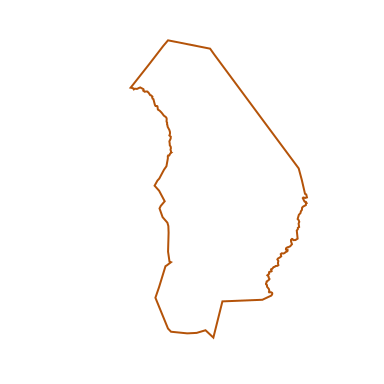 outline of Santa María Yalina, Oaxaca, Mexico, rotated 49°
{"feature_id": "50627088B95350580088580", "entity_name": "Santa María Yalina", "entity_type": "district", "adm_level": 2, "iso_a3": "MEX", "parent_name": "Mexico", "parent_adm1": "Oaxaca", "projection": "robinson", "projection_center": [-96.293, 17.264], "detail": "fine", "context": "isolated", "style": "outline", "palette": "amber", "viewbox_px": 384, "rotation_deg": 49, "n_neighbors": 0, "source": "geoboundaries", "source_scale": "gbopen_adm2", "svg_char_len": 2544}
<svg xmlns="http://www.w3.org/2000/svg" viewBox="0 0 384 384"><g transform="rotate(49 192 192)"><path d="M315.9,271.4L294.5,240.8L298.6,235.7L319.5,209.6L322.2,200.1L321.9,198.9L321.5,198.2L320.7,197.7L319.7,198.0L319.1,198.5L318.9,199.0L318.3,199.6L317.9,199.5L317.2,198.4L315.5,197.6L312.7,197.5L311.5,196.5L311.1,196.5L310.3,196.7L309.5,196.1L309.3,195.1L308.5,194.4L308.8,192.1L308.5,190.6L306.9,190.3L305.9,189.6L304.3,189.8L304.3,188.3L304.3,187.4L303.2,186.6L303.0,186.1L304.0,184.2L304.0,183.8L302.4,183.3L302.2,182.8L302.6,181.9L302.2,179.7L302.7,178.8L302.7,177.5L303.8,175.9L303.9,174.8L302.0,173.8L300.7,172.1L298.9,171.8L298.6,170.9L299.0,168.6L299.1,166.9L297.1,165.8L297.1,164.6L298.5,163.2L298.8,162.0L298.8,160.7L299.2,159.3L299.1,158.4L298.4,157.9L298.1,158.6L297.1,158.9L296.2,158.0L296.3,156.3L296.9,155.3L297.4,153.5L297.0,150.8L294.3,149.7L293.1,148.7L293.0,147.3L293.4,147.0L294.8,147.1L296.1,145.5L296.5,142.9L289.8,138.2L289.5,136.5L288.5,135.6L288.7,134.1L285.8,132.3L284.9,130.6L282.9,129.9L281.7,130.0L279.3,126.3L279.1,124.0L278.0,122.5L277.6,120.8L276.0,119.1L275.9,117.6L276.6,114.7L275.4,113.5L275.6,112.8L274.2,112.5L273.9,112.6L273.4,113.3L272.8,113.3L269.3,112.4L269.2,111.6L270.8,110.4L271.5,108.8L268.8,107.4L267.5,107.9L255.1,101.3L244.2,96.0L184.5,91.4L102.7,85.0L95.7,84.3L61.8,110.6L62.9,117.8L67.6,141.2L72.5,167.1L73.0,169.9L75.0,168.4L76.4,168.6L76.5,167.4L78.1,165.9L78.4,164.9L78.6,164.0L79.1,162.5L82.5,161.2L83.4,161.6L83.6,162.3L84.8,162.0L85.2,162.0L85.5,161.6L85.9,160.8L87.0,159.7L87.7,159.8L88.3,159.6L91.5,160.0L92.2,159.5L94.0,159.3L94.3,159.9L95.7,160.5L96.6,160.2L102.0,162.9L103.2,163.1L104.1,162.0L104.7,161.9L107.3,163.6L107.8,163.6L109.1,163.1L110.0,163.0L112.1,162.9L114.2,163.0L115.0,163.1L116.1,163.1L117.7,162.7L118.4,162.6L119.0,162.6L119.8,162.9L120.3,163.2L121.2,164.1L122.3,165.1L123.2,165.2L124.8,166.6L125.3,166.6L126.8,167.6L129.9,168.3L130.3,168.4L132.3,169.3L133.7,170.5L134.5,172.0L136.3,171.7L137.7,173.1L138.9,175.8L141.2,177.3L142.1,178.1L143.9,178.4L145.1,179.2L146.0,180.5L147.8,181.3L148.4,182.1L148.7,181.9L148.7,183.3L149.5,185.2L148.8,185.9L149.1,186.8L149.9,187.4L150.9,188.3L155.8,194.4L156.8,198.5L160.4,207.9L160.7,210.6L162.7,216.1L169.5,216.0L181.1,218.7L182.0,224.7L183.1,227.3L191.7,230.7L199.0,230.7L202.2,232.2L207.4,236.4L221.3,249.2L229.7,254.6L231.2,253.9L230.9,258.3L230.9,258.8L230.6,260.7L242.2,279.3L247.8,289.0L279.3,299.7L283.7,299.5L295.6,288.3L301.4,280.9L305.2,272.5L315.9,271.4Z" fill="none" stroke="#b45309" stroke-width="2"/></g></svg>